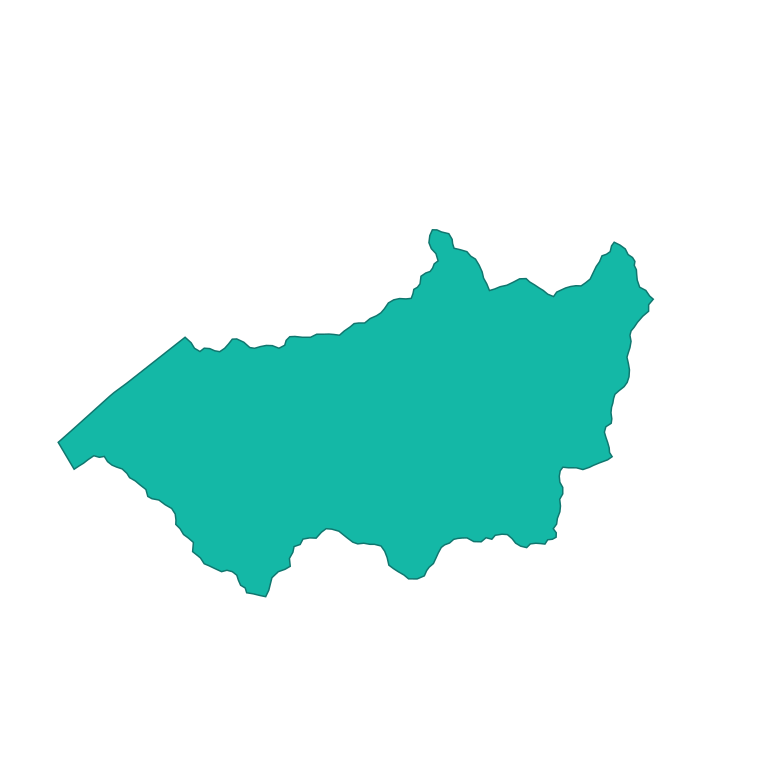 outline of Rio dos Cedros, Santa Catarina, Brazil, rotated 126°
{"feature_id": "56859067B85566328375653", "entity_name": "Rio dos Cedros", "entity_type": "district", "adm_level": 2, "iso_a3": "BRA", "parent_name": "Brazil", "parent_adm1": "Santa Catarina", "projection": "orthographic", "projection_center": [-49.385, -26.63], "detail": "fine", "context": "isolated", "style": "filled", "palette": "teal", "viewbox_px": 768, "rotation_deg": 126, "n_neighbors": 0, "source": "geoboundaries", "source_scale": "gbopen_adm2", "svg_char_len": 3531}
<svg xmlns="http://www.w3.org/2000/svg" viewBox="0 0 768 768"><g transform="rotate(126 384 384)"><path d="M463.1,572.4L534.6,592.6L549.4,597.3L555.0,598.7L602.0,608.7L618.4,612.3L622.7,613.3L635.1,584.6L629.7,582.6L624.6,580.5L619.3,579.0L612.6,576.6L610.6,571.2L607.0,567.7L609.3,562.0L609.5,556.4L608.4,551.6L606.6,545.9L607.4,539.5L609.3,534.8L608.6,528.2L609.0,522.7L609.3,514.6L613.8,509.0L613.2,504.3L610.2,498.0L610.3,490.1L609.5,482.6L611.9,476.5L616.4,472.3L620.0,469.9L620.9,464.0L623.6,457.7L623.6,451.7L624.2,445.1L632.1,440.3L632.6,430.3L635.1,423.8L634.0,419.2L632.7,412.2L631.3,405.1L627.0,401.6L625.0,396.5L625.2,390.7L628.3,386.5L631.1,381.7L630.6,376.4L633.6,372.4L630.6,366.4L628.0,360.0L625.6,354.7L618.5,356.0L613.6,358.0L606.6,360.8L598.0,359.2L592.0,355.1L586.6,352.7L580.7,358.0L573.7,358.8L568.4,361.2L563.1,357.5L557.1,358.4L552.1,353.6L548.6,348.3L540.7,347.5L535.1,345.8L532.1,340.9L529.6,334.0L530.1,323.9L530.3,316.3L528.8,311.3L524.7,306.8L522.0,301.2L519.3,297.5L516.8,291.2L518.9,285.1L522.6,279.4L527.7,273.6L527.8,267.8L527.5,262.3L526.8,255.5L527.2,249.6L522.2,242.6L515.5,238.6L509.9,239.8L505.6,239.8L500.2,238.5L494.5,239.6L488.7,240.8L482.6,241.6L478.5,240.4L474.1,237.5L468.7,236.3L465.5,233.5L462.6,230.2L459.7,226.4L458.7,218.7L454.5,212.6L448.4,211.1L446.2,205.5L441.0,205.1L436.1,200.2L433.3,195.7L433.8,189.5L435.4,184.0L434.9,178.2L432.5,172.4L427.3,171.6L423.6,167.6L421.1,163.6L418.9,159.7L413.8,160.0L410.6,156.5L406.8,154.7L403.1,157.2L401.6,162.0L395.9,162.0L390.9,164.7L384.0,166.6L379.0,169.5L374.0,174.1L367.8,174.8L362.6,178.6L360.1,184.0L355.6,188.0L350.7,190.4L346.2,190.4L343.4,185.6L338.7,179.1L336.3,172.8L330.6,168.8L326.8,166.8L321.1,163.3L313.9,158.5L308.7,156.7L306.9,161.2L303.3,164.3L299.9,168.6L296.6,173.3L293.4,177.4L288.2,179.4L282.2,177.1L278.3,179.2L273.8,183.5L269.1,186.2L264.8,187.7L260.8,189.7L256.6,191.1L251.5,190.0L245.0,188.2L239.8,188.2L234.2,190.0L228.3,193.7L224.0,198.1L219.5,203.2L214.6,204.9L210.0,206.4L204.3,209.2L200.0,213.7L195.8,215.3L190.9,215.0L185.1,215.2L177.1,214.5L169.6,212.7L164.3,216.5L157.1,216.0L156.7,220.8L154.4,227.2L155.4,234.1L151.1,240.2L146.8,244.0L143.2,247.0L141.0,251.2L137.3,253.1L135.6,257.3L135.8,262.6L132.9,268.2L132.9,274.7L134.0,281.1L138.5,281.1L144.0,278.8L148.3,280.3L152.2,283.0L158.3,281.5L164.2,281.4L172.5,279.9L177.9,278.9L183.6,280.4L188.8,282.2L191.7,286.5L195.3,290.2L199.5,293.5L203.6,295.8L208.1,298.3L213.6,298.2L215.1,304.3L214.7,310.1L215.1,314.9L215.3,320.2L215.8,326.2L215.2,331.0L219.2,336.1L225.7,339.3L231.8,342.6L237.0,347.2L242.2,350.4L246.4,353.6L242.6,359.7L239.8,365.7L235.6,370.5L232.0,376.8L229.2,383.4L229.6,389.0L228.2,394.7L230.5,401.2L233.0,407.1L230.1,411.0L226.9,413.9L224.3,419.9L227.2,426.9L228.2,431.7L230.8,435.5L237.0,434.2L243.3,430.7L246.7,425.3L248.0,418.6L252.6,412.6L257.3,414.0L261.6,412.8L265.8,412.8L269.7,415.5L275.1,417.4L281.8,413.7L286.1,413.8L289.9,415.5L293.8,413.7L298.7,412.3L302.3,416.3L305.7,421.6L310.2,425.6L315.8,428.1L323.0,427.9L328.2,428.3L333.2,430.2L339.2,433.7L346.0,435.5L349.6,440.4L352.7,443.7L357.9,445.0L364.4,447.3L370.7,448.7L373.4,453.7L375.9,457.8L379.3,462.2L383.3,467.7L389.4,470.9L394.3,477.7L397.9,484.0L401.1,488.0L406.2,488.8L411.0,487.1L416.8,490.0L418.6,496.9L422.0,501.9L426.3,505.9L431.2,509.7L433.4,514.0L432.6,522.0L434.1,529.6L436.9,533.1L442.9,533.3L448.8,533.9L454.4,535.9L456.6,540.4L457.8,545.8L460.7,550.5L465.9,552.0L466.5,558.3L464.0,564.3L463.1,572.4Z" fill="#14b8a6" stroke="#0f766e" stroke-width="1.5"/></g></svg>